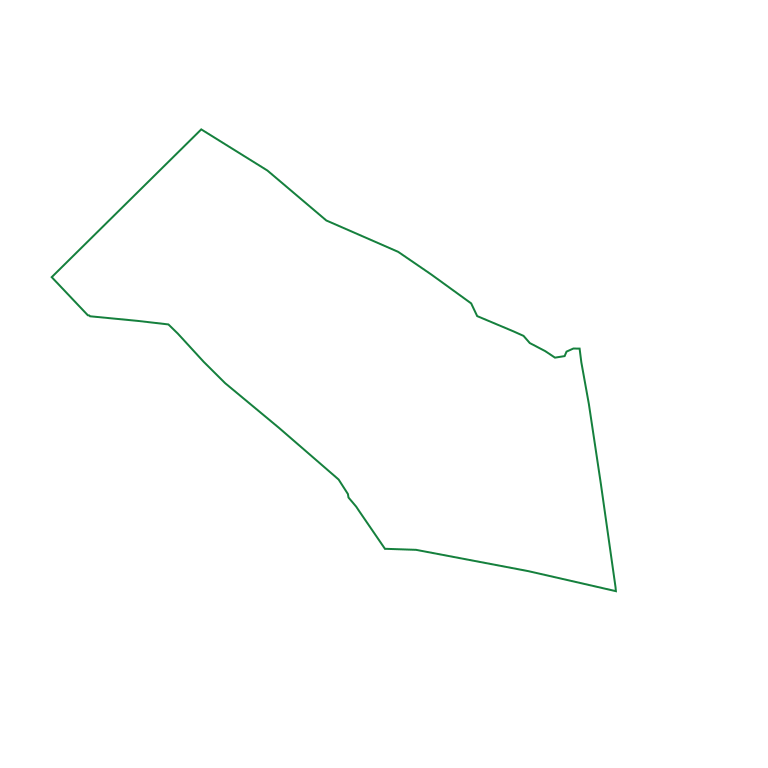 outline of Timbedgha, Hodh ech Chargui, Mauritania, rotated 136°
{"feature_id": "47542326B26087332325113", "entity_name": "Timbedgha", "entity_type": "district", "adm_level": 2, "iso_a3": "MRT", "parent_name": "Mauritania", "parent_adm1": "Hodh ech Chargui", "projection": "equal_earth", "projection_center": [-8.178, 16.265], "detail": "fine", "context": "isolated", "style": "outline", "palette": "green", "viewbox_px": 768, "rotation_deg": 136, "n_neighbors": 0, "source": "geoboundaries", "source_scale": "gbopen_adm2", "svg_char_len": 716}
<svg xmlns="http://www.w3.org/2000/svg" viewBox="0 0 768 768"><g transform="rotate(136 384 384)"><path d="M497.7,576.5L497.3,563.6L498.3,525.1L497.7,494.9L490.0,425.2L483.0,346.8L486.4,329.9L488.4,327.0L489.2,315.1L490.1,310.2L497.8,264.8L497.8,264.6L497.4,264.4L476.0,242.3L475.7,241.8L410.1,149.0L361.1,73.9L358.6,77.0L297.1,161.9L250.6,227.2L227.0,262.5L218.7,273.6L223.2,278.0L230.2,280.5L234.7,278.6L242.7,284.2L245.2,295.7L250.7,312.2L250.2,321.7L254.3,331.9L269.8,368.1L266.2,378.8L265.3,381.4L273.9,429.8L282.0,469.2L311.9,541.7L319.6,618.6L338.6,694.1L548.2,691.7L548.8,691.7L549.3,639.2L548.4,638.0L548.4,636.9L517.6,600.8L497.7,576.6L497.7,576.5Z" fill="none" stroke="#15803d" stroke-width="2"/></g></svg>